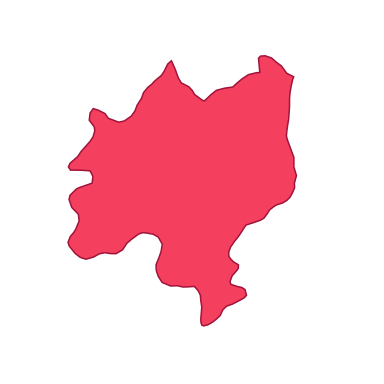 Aghjabadi District, Ağcabədi, Azerbaijan (orthographic projection), rotated 341°
{"feature_id": "54616110B84161876100413", "entity_name": "Aghjabadi District", "entity_type": "district", "adm_level": 2, "iso_a3": "AZE", "parent_name": "Azerbaijan", "parent_adm1": "Ağcabədi", "projection": "orthographic", "projection_center": [47.427, 39.997], "detail": "fine", "context": "isolated", "style": "filled", "palette": "rose", "viewbox_px": 384, "rotation_deg": 341, "n_neighbors": 0, "source": "geoboundaries", "source_scale": "gbopen_adm2", "svg_char_len": 2249}
<svg xmlns="http://www.w3.org/2000/svg" viewBox="0 0 384 384"><g transform="rotate(341 192 192)"><path d="M215.2,61.2L210.7,63.1L205.4,68.4L201.2,71.7L192.1,75.2L189.3,76.9L184.2,78.7L178.6,82.2L174.6,87.1L168.3,92.1L164.6,96.7L159.2,100.5L151.1,102.8L145.5,102.1L136.9,95.1L135.2,89.4L129.9,84.0L125.8,81.0L121.3,84.2L118.2,90.7L118.3,91.0L120.8,98.7L119.9,102.7L116.3,107.7L112.3,110.8L108.0,113.3L100.6,117.4L95.4,121.3L86.1,125.1L83.3,128.0L84.2,131.7L94.2,135.3L102.5,138.8L103.4,145.0L100.4,151.1L88.1,151.1L83.9,151.4L75.6,155.4L73.3,159.0L73.3,163.6L73.3,167.5L77.3,176.1L75.8,182.7L69.9,189.4L66.9,191.8L62.4,194.5L58.4,199.2L58.3,203.2L61.5,212.0L65.0,217.4L69.8,221.0L77.7,221.5L84.2,220.3L90.0,221.1L94.4,223.5L100.0,225.6L107.5,224.1L113.7,219.3L119.2,217.1L127.8,214.4L132.1,214.4L135.9,216.1L141.4,219.2L145.4,223.6L146.9,231.7L144.8,235.6L143.5,238.0L139.3,243.4L134.3,249.1L133.4,252.0L132.7,254.6L132.6,260.7L134.3,267.8L141.3,274.0L147.5,275.8L152.5,278.9L158.0,280.6L163.0,281.9L164.1,283.3L165.7,287.5L166.3,292.2L164.9,297.8L163.8,303.9L161.5,309.2L159.1,314.6L158.0,318.2L158.0,320.5L158.0,321.3L159.5,322.4L163.7,322.8L169.6,321.6L173.5,320.2L178.3,318.1L183.0,313.3L187.7,311.2L193.5,311.2L201.7,310.0L206.8,309.1L208.0,308.5L209.9,307.4L210.4,301.5L208.0,298.5L204.4,296.3L201.3,294.0L198.6,291.8L198.9,288.9L202.8,284.2L208.0,281.3L211.0,279.2L212.2,276.0L208.4,271.4L206.8,268.0L205.9,264.7L207.4,260.4L210.6,256.6L214.1,254.0L216.0,252.6L221.3,249.3L224.5,246.9L228.9,243.4L232.4,240.8L239.1,241.0L247.0,241.0L251.5,240.2L255.7,237.3L259.6,234.2L264.7,232.4L268.3,231.7L274.0,231.9L279.0,230.8L282.9,228.9L286.6,225.6L290.4,221.4L291.7,217.0L296.1,210.5L296.5,201.4L299.6,192.5L299.2,174.0L299.5,169.8L301.6,165.1L304.0,160.3L307.1,154.6L309.9,148.0L312.1,142.8L314.6,135.5L317.0,130.0L320.7,123.4L324.1,118.0L325.7,116.1L323.7,114.2L320.2,110.5L318.7,105.4L317.5,101.8L313.6,96.1L310.9,91.2L305.5,87.0L301.0,85.8L298.4,87.2L297.0,93.0L295.0,101.1L292.0,100.2L283.6,99.4L276.2,101.3L270.2,103.6L264.7,106.0L256.3,104.4L248.1,103.8L241.4,106.2L233.3,110.0L231.4,108.2L226.3,100.8L225.3,96.0L223.2,91.4L217.4,85.3L216.2,79.7L216.1,70.7L215.4,62.5L215.2,61.2Z" fill="#f43f5e" stroke="#9f1239" stroke-width="1.5"/></g></svg>